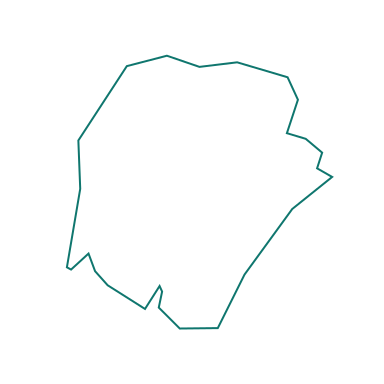 an SVG outline of Tashkent, rotated 346°
{"feature_id": "UZB-4828", "entity_name": "Tashkent", "entity_type": "Region", "adm_level": 1, "iso_a3": "UZB", "parent_name": "Uzbekistan", "parent_adm1": "", "projection": "robinson", "projection_center": [69.25, 41.311], "detail": "fine", "context": "isolated", "style": "outline", "palette": "teal", "viewbox_px": 384, "rotation_deg": 346, "n_neighbors": 0, "source": "natural_earth", "source_scale": "10m", "svg_char_len": 478}
<svg xmlns="http://www.w3.org/2000/svg" viewBox="0 0 384 384"><g transform="rotate(346 192 192)"><path d="M200.6,53.7L229.5,72.4L267.2,77.1L312.5,103.8L317.1,128.1L298.3,157.9L315.2,167.9L327.8,185.3L319.1,199.3L331.6,211.3L285.2,232.7L223.0,284.8L184.1,330.3L147.1,321.5L131.8,296.1L138.9,281.4L137.8,275.4L118.1,294.1L87.6,262.1L78.8,245.4L76.7,226.7L55.9,238.0L52.4,234.8L84.3,161.9L94.2,114.5L159.2,54.1L200.6,53.7Z" fill="none" stroke="#0f766e" stroke-width="2"/></g></svg>